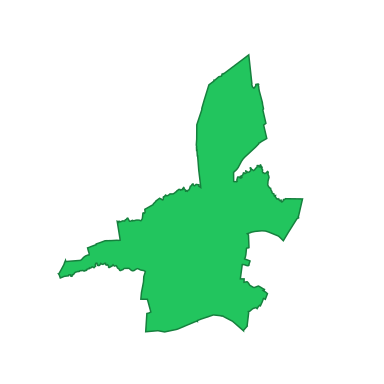 Tynaarlo, Drenthe, Netherlands, rotated 284°
{"feature_id": "6326949B53831042389857", "entity_name": "Tynaarlo", "entity_type": "district", "adm_level": 2, "iso_a3": "NLD", "parent_name": "Netherlands", "parent_adm1": "Drenthe", "projection": "natural_earth1", "projection_center": [6.601, 53.112], "detail": "fine", "context": "isolated", "style": "filled", "palette": "green", "viewbox_px": 384, "rotation_deg": 284, "n_neighbors": 0, "source": "geoboundaries", "source_scale": "gbopen_adm2", "svg_char_len": 6026}
<svg xmlns="http://www.w3.org/2000/svg" viewBox="0 0 384 384"><g transform="rotate(284 192 192)"><path d="M79.5,83.2L76.7,85.0L79.3,88.6L80.4,91.4L80.6,92.2L81.8,92.6L82.3,93.9L82.2,94.2L81.1,94.5L81.1,95.8L81.3,96.0L82.7,95.9L83.0,96.2L83.2,97.0L84.5,97.4L85.9,98.2L87.3,100.6L87.4,101.4L87.9,102.1L88.4,102.2L88.8,103.0L89.0,104.1L89.5,105.0L89.2,105.9L89.5,106.2L89.3,106.7L90.1,107.4L90.0,107.9L90.7,108.3L90.6,108.6L90.9,108.8L91.6,108.8L92.1,109.4L92.7,110.8L93.6,110.8L93.5,111.5L93.8,112.2L95.0,113.0L95.3,113.5L94.9,114.5L94.9,115.3L95.7,115.6L96.6,116.4L98.0,115.7L98.6,115.9L99.4,115.9L99.8,116.2L99.6,116.6L99.8,117.1L98.0,118.1L98.3,118.6L98.0,119.3L98.5,120.1L100.7,120.8L100.2,121.6L100.2,123.1L101.2,124.0L101.8,124.7L101.9,125.4L101.6,125.5L101.0,125.4L100.5,125.9L100.6,126.5L100.4,126.9L100.6,127.4L101.0,127.6L100.8,128.1L99.5,129.2L98.8,129.3L98.6,129.8L99.5,130.9L100.2,131.2L100.4,131.6L100.3,131.9L100.4,132.1L102.3,133.0L101.5,134.1L101.4,134.8L102.2,136.1L102.0,136.6L100.3,138.1L99.5,140.0L98.5,140.8L98.4,141.4L98.6,141.9L99.3,142.5L99.8,143.6L101.1,144.4L101.5,144.9L102.7,149.4L101.4,151.9L101.2,152.7L101.2,153.6L101.7,154.7L104.0,156.8L104.4,157.5L104.5,158.3L103.9,161.1L104.1,164.5L103.5,166.0L98.2,165.7L93.0,166.7L82.1,167.3L75.6,168.3L77.1,174.7L65.6,181.1L64.1,179.4L63.2,177.6L45.2,180.9L49.2,192.5L49.6,199.3L54.9,210.2L55.7,211.5L66.9,226.4L68.0,228.3L67.9,228.5L68.6,228.3L70.8,231.4L77.9,242.5L79.1,251.3L78.9,251.2L79.0,251.7L76.4,262.6L69.8,275.5L70.1,275.4L75.4,278.1L75.9,277.8L88.4,276.2L89.6,275.6L90.2,276.8L93.4,279.1L94.1,280.0L95.3,282.1L94.6,283.4L96.6,284.0L98.4,285.0L98.1,285.9L102.3,286.7L106.0,287.1L106.1,287.3L105.6,289.1L111.6,289.8L112.7,287.6L113.6,284.7L113.7,284.8L113.5,285.7L115.0,285.9L115.5,283.5L115.7,283.3L116.8,279.5L116.8,279.1L114.4,275.6L114.3,274.6L115.5,270.6L117.2,268.9L118.2,267.4L118.2,267.0L117.0,264.3L120.3,263.6L119.4,259.9L133.8,258.3L134.0,258.7L134.1,261.6L133.9,262.0L133.9,262.9L134.0,264.1L134.2,264.5L135.0,265.0L135.2,264.7L138.9,265.0L139.1,265.0L139.2,264.6L139.8,259.2L141.7,259.5L144.3,259.4L150.4,258.5L150.8,258.7L151.6,260.6L152.0,260.7L164.0,257.2L164.9,255.7L166.9,258.8L167.1,258.8L169.0,262.7L171.3,269.3L171.9,272.7L171.7,276.0L170.2,286.3L169.7,287.5L166.8,292.4L176.0,295.2L191.5,300.3L192.7,301.7L193.2,301.5L193.2,301.3L193.8,301.0L194.5,301.2L212.0,300.9L208.1,284.3L206.8,283.4L206.6,283.1L206.8,283.0L206.8,282.6L205.1,282.4L204.4,282.0L204.0,281.4L204.2,281.0L204.8,280.8L204.7,280.4L204.8,280.2L205.4,280.5L205.7,280.3L205.1,279.7L204.9,279.0L206.2,277.9L205.8,277.7L206.1,276.8L205.8,276.5L205.8,276.0L206.9,274.7L207.6,274.0L208.8,273.9L208.6,273.5L208.0,273.3L208.0,273.0L209.0,272.3L210.0,271.9L210.2,270.4L210.7,269.8L211.8,269.4L212.9,268.2L214.6,267.4L214.6,266.9L214.9,266.2L215.8,265.0L217.1,263.8L221.1,263.1L224.8,263.2L226.4,262.4L227.8,261.2L229.0,261.4L229.8,261.1L230.2,260.3L229.2,259.7L228.6,259.5L227.5,258.2L227.5,257.8L228.0,256.9L227.8,256.2L228.9,255.3L229.9,255.3L231.0,254.9L231.5,254.1L231.9,253.9L232.7,254.1L233.1,253.9L233.2,253.7L232.6,253.2L232.7,252.9L233.9,252.7L234.7,252.3L234.9,252.0L234.6,251.6L233.9,251.5L233.6,251.6L233.4,252.2L233.0,252.2L232.8,252.0L232.6,251.0L233.5,250.4L233.7,249.7L233.4,248.9L231.9,249.1L230.1,247.9L228.6,247.4L227.7,246.6L227.6,246.3L228.2,245.5L228.4,244.4L229.6,243.2L229.7,242.9L229.6,242.7L229.1,242.8L228.1,243.5L226.9,243.7L225.4,242.8L224.5,241.4L225.3,240.1L225.4,239.0L225.2,239.0L224.4,239.9L223.4,239.8L222.7,238.9L223.2,238.0L223.0,237.3L221.0,237.2L219.8,236.4L218.9,235.2L218.6,235.4L218.7,236.7L218.3,236.9L217.8,236.7L217.2,235.7L217.3,235.4L217.8,235.4L218.1,235.1L217.8,234.4L217.8,233.4L217.5,232.7L214.6,232.6L213.1,233.2L212.7,232.8L212.8,232.2L212.3,231.0L212.3,229.9L221.1,227.6L224.6,229.9L227.0,230.9L233.9,232.6L236.5,233.6L238.7,234.8L250.9,242.8L254.9,245.1L255.5,244.9L256.3,246.0L257.8,247.2L262.0,251.6L274.3,245.3L276.5,247.1L288.9,240.8L289.9,241.3L295.1,238.8L295.3,238.9L296.3,238.4L306.2,232.9L308.4,231.9L310.7,231.1L311.5,230.4L312.3,230.7L312.6,230.6L312.8,230.2L312.7,229.7L311.8,227.9L310.5,228.2L308.0,227.2L307.7,226.7L308.7,225.2L310.7,223.9L311.3,224.0L338.8,213.9L314.3,194.1L314.4,193.7L314.1,193.6L313.8,192.7L311.6,192.6L310.3,190.1L306.3,187.3L305.8,186.2L305.0,186.5L300.1,182.5L283.9,181.6L275.6,181.3L274.3,181.6L272.7,181.5L258.4,180.4L244.3,183.8L238.6,184.8L236.8,185.7L236.6,185.5L233.8,186.3L234.1,186.6L228.4,188.4L228.5,188.7L215.3,193.1L201.6,198.3L201.2,198.2L200.8,198.6L198.4,199.4L198.6,198.8L199.2,198.8L199.5,198.3L199.2,197.3L200.6,196.7L200.4,194.2L198.8,193.1L198.6,192.7L199.3,191.3L199.9,191.2L200.1,191.0L199.5,190.3L197.7,189.7L197.2,189.0L194.9,188.9L193.4,188.6L192.7,187.7L191.6,187.4L192.0,186.3L191.3,186.0L191.2,185.6L192.5,184.9L193.2,183.7L194.2,183.2L194.4,182.9L193.0,182.1L192.6,182.5L192.2,182.5L191.6,181.1L191.0,180.4L191.6,179.6L191.2,178.4L190.1,177.7L189.6,177.1L188.6,176.8L187.9,176.0L186.7,175.3L185.5,174.0L185.3,172.8L184.9,172.2L184.9,171.2L183.0,169.8L182.3,168.7L182.2,168.2L182.7,167.2L182.0,166.7L180.8,166.5L180.7,166.2L180.6,165.7L180.2,165.4L177.8,165.9L177.4,165.7L177.2,165.4L177.4,164.4L177.5,163.9L177.9,163.5L177.8,163.2L178.1,162.1L174.5,159.1L174.0,159.1L171.2,157.4L170.3,157.3L163.8,150.4L161.2,151.3L160.3,151.2L159.8,150.9L160.0,149.8L159.6,149.5L154.5,150.2L153.4,150.1L151.9,149.5L151.7,149.1L151.9,147.6L151.7,146.5L151.2,144.6L150.2,142.9L150.1,142.3L149.6,141.2L150.0,140.9L148.7,139.3L148.5,138.4L150.6,136.5L151.1,136.0L151.0,135.8L150.9,135.5L149.5,134.9L148.8,134.0L147.6,133.7L147.2,131.7L146.0,130.1L145.7,129.4L146.0,128.4L144.7,128.2L144.8,127.9L145.4,127.3L145.5,126.5L127.9,134.0L127.3,132.6L127.0,130.8L125.3,125.4L123.7,119.5L120.6,115.0L118.4,111.6L117.8,111.8L112.5,104.2L109.4,105.9L107.5,107.1L106.1,107.4L105.5,106.0L104.1,104.1L102.3,102.6L100.0,101.4L98.7,100.4L94.0,86.3L95.0,85.8L91.8,85.3L91.5,85.5L84.7,83.8L80.4,82.6L80.3,82.3L79.5,83.2Z" fill="#22c55e" stroke="#15803d" stroke-width="1.5"/></g></svg>